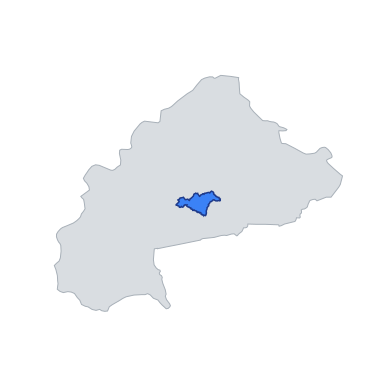 Bazega, Bazéga, Burkina Faso shown in context, rotated 349°
{"feature_id": "67063806B75312427459337", "entity_name": "Bazega", "entity_type": "district", "adm_level": 2, "iso_a3": "BFA", "parent_name": "Burkina Faso", "parent_adm1": "Bazéga", "projection": "albers", "projection_center": [-1.393, 11.898], "detail": "fine", "context": "in_parent", "style": "filled", "palette": "blue", "viewbox_px": 384, "rotation_deg": 349, "n_neighbors": 0, "source": "geoboundaries", "source_scale": "gbopen_adm2", "svg_char_len": 7765}
<svg xmlns="http://www.w3.org/2000/svg" viewBox="0 0 384 384"><g transform="rotate(349 192 192)"><path d="M286.5,240.6L276.7,241.1L273.1,242.1L271.0,242.2L270.9,241.3L270.6,240.7L258.2,237.8L249.5,236.1L240.7,234.1L240.2,236.0L239.0,237.2L237.1,237.3L235.7,237.0L234.9,238.4L233.4,240.3L231.4,241.3L229.4,242.4L228.3,243.5L227.4,243.5L225.4,241.1L222.7,240.8L217.7,241.3L215.5,240.6L212.4,240.3L205.2,240.8L193.6,239.8L191.7,240.3L191.2,240.8L179.7,240.9L167.1,241.0L156.5,241.0L147.2,241.1L147.2,240.7L144.2,240.6L143.9,241.4L141.2,251.1L140.9,256.3L142.3,259.6L143.9,261.7L145.6,262.6L145.8,263.8L144.4,265.3L144.5,266.8L146.1,268.4L146.5,270.1L145.7,271.9L145.9,276.1L147.1,282.9L147.1,287.3L145.9,289.2L146.4,292.7L148.7,297.5L149.1,299.5L148.3,300.5L146.4,301.7L144.4,301.7L142.2,298.7L141.2,297.4L139.4,294.5L137.9,291.5L135.8,290.2L133.8,288.9L131.4,285.1L129.0,283.3L126.4,283.8L122.7,283.1L115.3,282.1L107.3,282.3L103.9,283.2L100.6,284.5L92.2,287.4L88.9,288.9L86.4,292.7L83.6,292.5L80.7,291.3L79.0,289.6L75.2,289.9L71.5,288.2L68.0,284.9L65.4,283.8L62.1,281.3L61.2,276.8L59.2,273.6L57.3,269.2L54.4,267.2L51.1,266.1L46.5,266.2L43.5,264.4L41.2,261.8L41.9,259.6L43.0,256.4L43.2,253.4L43.9,248.4L43.6,242.2L42.8,237.9L45.4,236.1L48.3,234.5L50.2,231.6L52.2,225.1L53.0,219.4L52.5,217.3L51.5,215.6L50.8,213.1L50.4,210.1L51.0,207.5L53.2,205.1L56.0,203.1L58.0,202.2L63.2,201.2L69.7,199.8L73.5,198.1L76.2,196.4L77.8,195.1L79.3,192.4L81.9,190.2L83.8,188.1L84.2,182.1L84.2,178.6L82.8,176.7L82.0,175.1L91.7,170.5L91.8,167.1L90.5,163.4L88.6,160.4L88.0,157.8L90.6,154.8L93.0,152.5L94.8,150.6L98.6,147.7L102.5,146.9L106.0,148.1L116.5,155.1L118.3,155.6L120.5,155.1L123.3,153.3L126.9,151.8L128.2,147.2L128.1,140.3L129.0,137.2L130.9,136.6L136.9,138.0L138.5,138.1L140.2,137.6L141.5,136.4L141.5,134.2L141.2,132.3L143.2,125.9L146.8,121.2L154.1,115.2L156.3,114.1L158.9,113.4L171.9,117.6L174.0,116.6L177.2,106.4L180.7,105.5L184.9,105.3L187.7,104.4L189.1,103.7L195.3,99.9L206.1,94.6L212.0,92.4L213.1,91.5L217.3,87.8L222.8,83.5L226.3,82.6L231.2,82.3L234.3,83.0L235.1,84.2L236.2,84.8L242.5,83.0L251.7,85.8L259.6,88.6L259.1,90.4L259.1,93.6L258.4,98.7L257.7,104.7L260.9,108.6L264.9,112.8L265.9,114.4L264.9,118.6L265.7,121.0L267.8,125.0L271.3,130.1L275.0,135.4L277.5,136.1L279.9,136.5L281.3,137.4L283.5,138.3L285.6,138.9L287.4,140.1L288.6,141.2L290.1,144.4L294.3,146.5L297.1,148.7L296.0,149.7L292.4,149.3L289.1,148.4L288.6,150.0L288.6,156.0L289.1,161.0L289.9,161.6L293.3,162.5L301.4,168.9L308.7,175.0L311.2,176.6L315.2,177.1L319.7,177.3L321.6,176.7L326.0,173.6L328.3,173.2L330.4,173.3L331.6,173.8L333.7,176.3L335.7,180.0L336.3,182.8L336.2,184.3L335.5,184.9L331.9,185.7L330.4,186.3L330.0,187.1L330.6,189.0L331.3,190.2L335.3,195.7L341.0,203.0L342.8,204.9L341.8,207.1L339.0,212.9L336.9,215.3L327.5,223.6L322.8,222.7L313.0,224.5L311.5,222.6L309.2,222.4L306.4,222.8L305.4,223.5L305.1,224.3L304.1,225.4L302.3,228.7L300.9,229.5L299.2,230.1L297.0,230.0L295.8,230.5L295.8,232.1L295.4,233.5L294.0,234.2L293.4,235.8L293.5,237.3L292.7,238.0L290.8,237.6L289.7,237.2L288.7,239.2L287.4,240.6L286.5,240.6Z" fill="#d9dde1" stroke="#a8b0b8" stroke-width="1"/><path d="M174.4,202.0L174.5,202.0L174.9,202.2L175.2,202.5L175.3,202.6L175.4,202.8L175.6,202.9L176.0,203.0L176.5,203.5L176.6,203.8L176.7,204.0L176.7,204.3L176.7,204.5L176.9,204.6L177.1,204.7L177.3,204.8L177.8,204.8L178.4,204.6L178.5,204.5L178.5,204.4L178.7,204.2L178.9,204.5L179.1,204.5L179.4,204.9L179.9,205.1L180.2,205.1L180.7,204.8L181.1,204.4L181.1,204.2L181.3,204.0L181.8,203.9L181.9,203.5L182.0,203.4L182.3,203.5L182.5,203.5L182.8,203.3L183.2,203.4L183.5,203.3L183.6,203.5L183.8,203.6L184.0,203.7L184.1,203.8L184.3,203.8L184.1,204.0L184.3,204.1L184.1,204.4L184.2,204.6L184.2,204.8L184.3,205.0L184.5,205.1L184.6,205.3L184.8,205.5L185.0,205.7L185.4,206.0L185.8,206.2L186.1,206.1L186.5,206.7L186.5,206.8L186.8,207.0L187.0,207.1L187.2,207.3L187.3,207.3L187.5,207.3L187.4,207.5L187.6,207.8L187.6,208.1L187.7,208.3L187.8,208.5L188.2,208.6L188.4,208.8L188.6,208.8L188.8,208.9L188.7,209.0L188.9,209.1L189.0,209.3L189.2,209.5L189.3,209.8L189.2,209.9L189.2,210.1L189.3,210.1L189.5,210.3L190.0,210.2L190.3,210.0L190.5,210.0L190.5,210.3L190.8,210.3L191.1,210.5L191.4,211.0L192.0,211.1L192.6,211.4L192.8,211.6L192.7,211.7L192.7,212.0L192.9,212.3L193.0,212.5L193.4,212.3L193.5,212.4L193.5,212.6L193.6,212.8L193.8,213.1L194.1,212.9L194.4,213.1L194.8,212.9L194.9,213.0L195.0,213.0L195.2,213.3L195.1,213.5L195.3,214.0L195.9,213.9L196.2,213.9L196.4,213.8L196.6,214.0L196.5,214.3L196.7,214.5L196.8,214.6L196.8,215.1L196.7,215.3L196.7,215.6L196.9,215.8L197.2,215.7L197.3,215.8L197.3,216.0L197.6,216.1L197.8,216.0L198.0,216.2L197.9,216.3L197.9,216.5L198.1,216.5L198.4,216.8L198.8,216.7L199.0,216.8L199.1,217.5L199.2,217.4L199.5,217.3L200.4,217.3L200.6,217.3L200.6,217.5L200.8,217.7L201.0,217.5L201.1,217.4L201.3,217.2L201.5,216.8L201.4,216.7L201.5,216.5L201.6,216.3L202.0,215.9L202.0,215.4L202.2,214.9L202.3,214.6L202.2,214.2L202.4,213.3L202.6,213.0L202.7,212.6L203.0,212.2L203.3,211.8L203.4,211.6L203.5,211.5L203.6,211.2L203.8,210.2L204.4,209.8L204.6,209.6L204.7,209.4L205.5,208.9L205.8,208.7L205.8,208.3L205.8,207.9L205.6,207.7L205.7,207.4L205.9,207.1L206.5,207.0L206.7,206.8L207.2,206.3L207.4,206.0L207.6,205.6L208.0,205.2L208.4,205.0L208.8,205.1L209.2,205.1L209.4,204.9L209.7,204.8L209.9,204.6L210.3,204.5L210.4,204.4L210.6,204.4L210.7,204.2L210.8,204.2L211.0,203.9L211.4,203.7L211.6,203.8L211.8,203.8L212.2,203.9L212.2,204.0L212.5,204.2L212.5,204.3L213.5,205.1L213.8,205.3L214.5,205.4L215.3,205.6L215.8,205.5L216.0,205.5L216.6,205.4L216.7,205.5L216.9,205.5L217.1,205.6L217.3,205.8L217.4,205.7L217.5,205.8L217.8,205.9L218.1,205.8L218.2,205.5L218.2,205.2L218.2,204.9L218.3,204.8L218.3,204.6L218.2,204.5L218.1,204.4L218.3,204.2L218.2,204.1L218.1,203.9L217.9,203.5L217.9,203.4L217.6,203.2L217.4,203.1L217.4,202.9L217.4,202.7L217.2,202.6L217.2,202.4L216.8,202.4L216.7,202.4L216.5,202.2L216.4,202.2L216.2,201.9L215.9,201.7L215.6,201.6L215.4,201.4L215.4,201.5L215.3,201.3L215.0,201.2L214.8,201.0L214.9,200.9L214.7,200.8L214.7,200.5L214.5,200.3L214.4,200.1L214.4,199.9L214.2,199.8L214.2,199.6L214.0,199.4L213.5,199.2L213.4,199.0L213.4,198.8L213.1,198.5L213.0,198.4L212.9,198.2L213.0,197.9L213.2,197.4L213.2,197.2L213.0,196.8L212.9,196.8L212.9,196.7L212.8,196.1L212.6,195.9L212.1,195.4L211.8,195.3L211.6,195.2L211.3,194.9L211.1,195.0L210.6,195.2L210.4,195.4L210.1,195.5L209.9,195.7L209.8,195.8L209.7,195.9L209.6,196.1L209.2,196.3L209.1,196.2L208.9,196.0L208.9,195.9L208.7,195.8L208.5,195.7L208.4,195.7L208.1,195.6L207.9,195.6L207.7,195.5L207.4,195.6L207.0,195.7L206.6,195.6L206.2,195.8L206.0,195.7L205.5,195.7L205.3,195.8L205.0,195.8L204.4,195.6L204.1,195.7L203.6,196.3L203.3,196.5L203.1,196.3L202.9,195.9L202.1,195.8L201.9,196.0L201.5,196.3L201.4,196.3L201.2,196.4L199.9,196.6L199.7,196.8L199.3,197.3L198.8,197.7L198.6,197.7L198.5,197.3L198.2,197.0L198.1,196.8L197.9,196.2L197.3,195.0L197.3,194.7L197.3,194.4L197.1,194.4L196.8,194.4L196.4,194.3L196.2,194.4L195.7,194.2L195.4,193.9L195.3,194.0L194.0,194.3L193.7,194.4L193.5,194.5L193.4,194.7L193.2,195.0L192.9,195.6L192.5,196.3L192.4,196.4L191.7,196.8L191.3,197.1L189.9,198.0L189.6,198.1L189.2,198.1L188.9,198.2L188.8,198.3L188.7,198.7L188.5,198.9L188.5,199.0L188.1,199.4L188.0,199.6L187.8,199.8L187.4,199.5L187.2,199.1L186.8,198.6L186.5,198.2L185.4,198.3L184.1,198.2L183.9,198.2L182.6,195.6L182.4,195.7L181.5,195.6L180.2,195.7L179.6,195.6L179.0,195.7L178.8,195.8L178.7,196.0L178.8,196.1L178.7,196.2L178.5,196.5L178.4,196.6L178.2,196.7L177.7,196.7L177.2,197.0L176.9,197.1L176.7,197.1L176.8,197.7L177.0,197.9L177.4,198.3L177.4,198.5L177.6,198.6L177.6,198.9L177.2,199.2L176.9,199.6L176.2,200.0L174.1,201.3L174.0,201.5L174.4,201.7L174.5,201.8L174.4,202.0Z" fill="#3b82f6" stroke="#1e3a8a" stroke-width="1.5"/></g></svg>